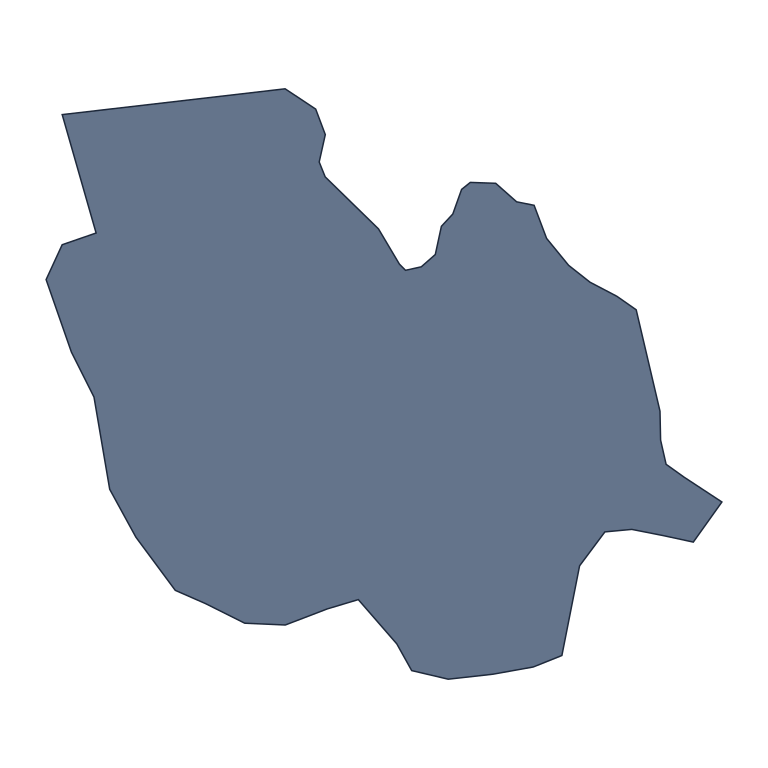 Butembo, Nord-Kivu, Democratic Republic of the Congo, rotated 180°
{"feature_id": "63176286B17770065929195", "entity_name": "Butembo", "entity_type": "district", "adm_level": 2, "iso_a3": "COD", "parent_name": "Democratic Republic of the Congo", "parent_adm1": "Nord-Kivu", "projection": "mercator", "projection_center": [29.271, 0.138], "detail": "fine", "context": "isolated", "style": "filled", "palette": "slate", "viewbox_px": 768, "rotation_deg": 180, "n_neighbors": 0, "source": "geoboundaries", "source_scale": "gbopen_adm2", "svg_char_len": 813}
<svg xmlns="http://www.w3.org/2000/svg" viewBox="0 0 768 768"><g transform="rotate(180 384 384)"><path d="M705.8,653.4L671.9,535.0L705.8,523.3L721.9,488.4L696.6,415.9L674.0,370.9L658.3,278.7L632.1,230.8L592.7,177.6L562.7,164.5L523.3,144.8L482.7,143.0L440.7,159.1L409.7,168.4L371.2,124.1L356.3,97.4L319.8,88.8L275.0,93.8L234.8,101.0L206.1,112.5L188.4,202.2L163.1,236.1L136.2,238.6L104.3,232.3L74.7,225.9L46.1,266.0L84.0,290.9L101.9,303.7L107.4,327.9L108.0,356.8L131.8,458.2L151.1,471.7L178.0,485.8L199.4,502.7L221.4,529.6L233.9,562.7L251.4,566.2L272.3,584.7L297.7,585.6L306.4,578.6L315.2,554.0L326.6,541.7L332.7,513.5L346.7,501.2L362.5,497.7L368.6,503.9L389.5,539.1L439.8,588.2L442.8,591.1L448.8,606.0L442.7,633.4L452.3,658.9L482.9,679.2L705.8,653.4Z" fill="#64748b" stroke="#1e293b" stroke-width="1.5"/></g></svg>